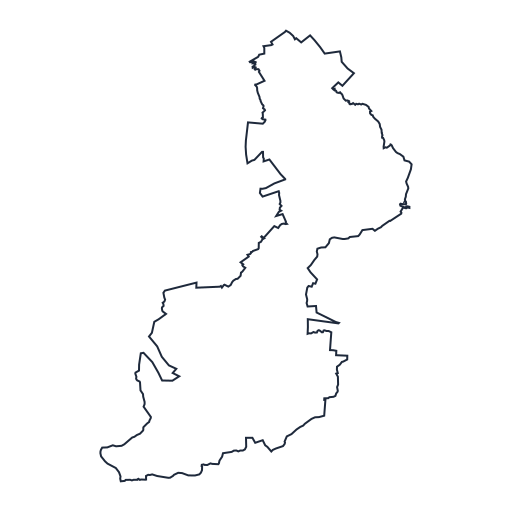 the district of Marca, Salaj, Romania
{"feature_id": "2599482B92628327794320", "entity_name": "Marca", "entity_type": "district", "adm_level": 2, "iso_a3": "ROU", "parent_name": "Romania", "parent_adm1": "Salaj", "projection": "natural_earth1", "projection_center": [22.563, 47.243], "detail": "fine", "context": "isolated", "style": "outline", "palette": "slate", "viewbox_px": 512, "rotation_deg": 0, "n_neighbors": 0, "source": "geoboundaries", "source_scale": "gbopen_adm2", "svg_char_len": 6051}
<svg xmlns="http://www.w3.org/2000/svg" viewBox="0 0 512 512"><path d="M324.2,415.7L325.4,399.9L324.2,399.9L324.3,398.3L328.2,398.2L329.4,397.2L333.5,396.8L335.4,395.9L336.2,393.4L337.4,392.0L337.8,390.9L337.1,387.1L338.1,384.6L337.9,376.7L336.2,373.6L337.8,373.1L336.9,369.7L337.0,366.7L339.8,364.7L341.9,361.9L343.2,361.6L347.2,359.5L347.3,355.7L336.1,355.2L336.3,350.8L333.1,350.2L330.0,350.1L331.3,332.3L328.6,331.0L326.5,331.0L324.5,330.3L323.6,330.5L322.9,332.2L321.9,332.3L319.5,330.4L318.7,330.2L317.6,330.8L316.9,332.5L315.0,332.6L313.5,332.0L311.1,333.4L309.0,333.3L307.6,333.8L307.9,327.1L307.8,319.2L338.4,323.4L338.9,322.9L335.8,322.0L316.6,312.5L316.0,306.0L307.6,306.5L306.6,303.0L307.1,301.1L307.2,299.3L306.0,294.5L307.3,287.6L308.6,286.0L311.7,286.7L313.1,283.2L315.4,283.7L317.1,279.4L310.5,272.3L307.7,268.1L310.8,265.1L314.4,259.9L317.2,256.6L317.5,254.3L316.8,251.5L317.4,248.7L321.1,247.5L325.4,247.3L328.9,243.1L329.8,239.3L332.0,237.8L334.3,237.4L342.7,239.0L344.6,239.0L348.3,238.4L349.8,237.0L358.2,236.1L359.6,234.6L362.4,230.1L372.5,228.8L374.9,230.8L377.9,228.7L381.0,227.2L382.2,225.9L389.5,220.8L390.1,221.0L401.2,213.7L401.4,212.7L400.6,211.6L403.1,207.5L406.1,208.3L407.6,207.5L409.4,207.9L409.4,206.8L407.5,206.3L406.3,206.3L405.8,207.4L404.0,207.2L400.4,205.7L400.0,204.3L400.5,203.7L403.4,204.3L406.0,204.1L406.2,203.7L405.9,201.7L405.3,201.3L404.6,201.6L405.2,200.2L404.9,199.3L405.8,196.7L406.0,194.2L408.3,188.4L408.1,186.8L406.6,183.5L406.1,181.5L407.8,177.9L410.9,169.3L411.6,164.3L409.1,161.6L404.5,160.4L403.4,156.7L399.9,154.1L397.5,153.1L395.9,151.9L393.0,148.1L391.7,145.3L390.8,144.5L390.5,144.4L390.1,145.4L386.8,147.7L385.5,147.3L383.7,148.2L383.6,146.7L384.4,141.6L384.2,140.2L383.1,137.9L382.1,137.7L382.1,136.0L382.5,135.2L381.9,133.6L382.0,133.0L381.7,132.8L381.5,129.7L380.1,126.9L379.7,124.0L378.2,121.5L374.8,118.6L373.3,116.9L372.7,115.3L371.4,114.9L370.1,113.4L370.0,111.7L371.3,111.0L369.0,108.5L368.6,106.9L366.0,104.9L362.4,103.8L361.2,104.5L359.1,103.7L358.0,104.3L356.2,103.8L355.2,104.8L353.1,103.1L351.8,104.1L350.7,103.8L350.1,104.3L349.5,103.9L349.1,102.7L348.4,102.1L349.1,101.2L348.9,101.0L347.1,100.4L345.8,100.7L343.6,98.5L342.4,95.0L341.3,93.4L340.4,93.2L340.0,92.3L338.8,92.9L337.2,92.6L336.5,92.1L336.2,91.0L335.4,90.3L334.7,90.5L334.2,90.1L334.5,88.9L333.1,89.2L332.2,88.2L338.3,82.4L342.4,85.8L353.9,73.2L347.6,68.5L341.7,61.8L341.3,57.3L339.9,51.4L324.7,53.6L320.2,47.2L314.5,40.2L310.1,35.4L301.2,42.4L296.2,38.2L294.9,39.3L293.2,36.0L291.8,34.7L289.6,32.7L286.0,30.7L284.9,32.0L271.0,41.8L272.5,44.5L271.3,45.1L263.5,46.2L264.3,47.9L264.3,53.6L259.2,54.7L258.2,56.8L249.7,61.7L250.0,62.2L251.4,62.2L253.8,61.4L255.7,62.2L255.4,63.0L253.5,62.5L253.0,62.9L252.8,63.3L254.1,63.2L254.7,63.6L255.3,64.6L254.4,65.1L254.2,65.8L252.6,66.7L252.7,67.7L254.2,66.8L255.6,67.4L254.6,69.0L255.2,69.7L256.1,69.2L258.5,69.2L259.5,70.8L258.9,71.9L264.5,80.8L256.4,84.5L255.3,84.5L255.1,85.0L256.7,86.7L257.1,87.9L257.2,90.4L257.8,92.8L259.5,96.9L259.7,98.7L260.5,100.1L260.7,101.3L262.2,104.4L263.2,105.2L263.6,106.0L263.0,108.2L264.7,109.5L265.0,110.3L262.5,112.7L262.8,113.7L262.9,117.4L261.9,118.0L261.7,118.5L263.1,119.4L265.4,119.6L265.5,120.1L264.7,121.8L262.8,123.7L248.0,122.4L245.9,140.4L245.6,146.8L246.1,154.5L247.5,163.3L251.9,160.6L254.4,159.9L262.0,151.9L263.0,151.9L263.1,157.4L263.8,158.6L263.6,161.4L269.4,159.5L280.6,174.2L285.2,179.0L285.2,179.4L274.4,183.4L265.9,188.1L262.4,188.8L260.5,188.7L259.9,193.0L262.6,196.6L278.7,191.2L279.2,193.0L279.0,195.0L280.4,200.9L280.4,202.5L279.7,204.0L281.5,205.9L279.9,207.6L279.6,209.7L281.1,210.7L278.8,211.9L276.2,216.0L282.6,214.1L285.9,221.6L285.7,222.0L285.9,222.8L286.9,223.9L285.7,224.1L283.6,223.6L281.7,224.0L280.1,225.2L278.2,228.0L274.3,226.1L263.7,237.9L261.7,236.3L261.2,236.8L262.6,238.3L263.7,238.6L262.4,239.4L261.0,241.8L258.8,242.9L258.7,248.2L258.2,249.1L252.9,251.0L252.3,251.8L250.9,252.1L250.9,253.2L250.0,254.1L247.5,254.8L248.7,256.6L240.6,262.3L243.2,264.3L242.3,265.1L243.0,266.3L245.3,267.8L242.3,271.7L241.0,272.6L240.6,275.8L237.6,278.8L235.9,279.0L233.3,280.7L232.1,282.2L230.7,285.0L228.3,286.6L224.5,284.7L223.9,285.0L221.9,287.6L220.9,286.0L219.7,286.7L196.3,287.7L196.5,282.6L164.9,290.6L163.4,292.8L164.3,297.5L165.1,299.6L164.4,301.5L162.7,302.8L163.4,304.0L163.6,305.9L162.0,307.4L161.9,308.7L162.3,310.8L162.8,311.5L166.0,313.9L158.6,319.3L154.3,321.8L151.9,332.8L149.0,336.5L157.2,346.4L161.8,356.8L168.9,365.4L176.3,368.8L172.7,373.0L179.2,376.3L172.4,380.7L162.1,380.5L158.4,372.8L152.3,362.1L143.5,352.8L140.8,353.3L139.1,364.6L139.0,370.6L135.5,372.6L135.3,373.6L136.4,376.8L136.1,378.5L136.4,379.4L137.2,380.4L139.6,381.5L140.0,382.3L140.5,390.4L143.0,394.1L143.2,396.7L144.6,401.9L144.6,404.1L143.6,406.7L150.9,417.0L150.7,418.2L149.5,420.5L149.1,422.0L147.2,423.4L143.5,427.1L143.3,427.7L143.3,429.9L142.9,430.7L140.0,433.7L136.9,435.0L134.4,436.8L132.2,437.5L124.3,444.3L121.6,445.8L116.1,446.3L112.8,445.3L107.3,447.4L102.2,447.6L101.0,449.7L100.5,451.3L100.4,453.2L101.1,456.4L105.0,461.3L107.5,463.6L115.8,468.0L119.0,472.2L120.5,476.4L120.2,478.7L120.8,481.3L124.7,480.9L125.7,479.9L130.2,479.8L131.9,480.4L133.6,479.8L137.4,479.8L137.5,479.3L138.4,478.8L139.9,479.9L141.0,479.5L145.8,479.7L146.1,479.6L146.0,476.0L148.2,474.8L149.9,475.0L152.2,474.4L157.1,476.0L168.3,477.8L170.1,477.7L173.0,475.9L174.0,474.8L178.2,472.8L182.1,473.1L188.3,475.4L194.9,475.5L199.3,474.4L200.9,472.7L202.0,470.2L202.1,466.6L201.6,466.2L201.8,464.8L203.7,464.4L204.4,464.9L207.3,465.0L210.4,463.4L212.3,463.9L218.3,464.2L218.9,463.4L219.5,460.6L222.1,456.7L223.0,453.2L231.7,451.9L233.9,450.6L236.4,450.5L238.3,451.4L240.3,450.5L242.9,450.5L244.9,449.4L246.2,446.8L246.0,437.8L252.4,437.8L255.2,442.8L262.7,440.2L265.2,445.3L267.4,446.9L271.3,451.5L272.8,449.9L275.9,448.5L283.0,446.1L284.6,444.0L285.0,442.6L284.6,441.6L286.8,436.4L291.5,434.1L296.5,429.5L300.3,426.9L303.2,425.6L304.8,423.8L311.5,418.9L315.0,417.3L319.0,417.1L324.2,415.7Z" fill="none" stroke="#1e293b" stroke-width="2"/></svg>